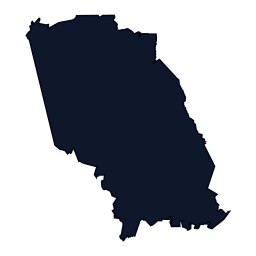 Matamata-Piako District, Waikato, New Zealand (Natural Earth projection)
{"feature_id": "76426892B60758051011646", "entity_name": "Matamata-Piako District", "entity_type": "district", "adm_level": 2, "iso_a3": "NZL", "parent_name": "New Zealand", "parent_adm1": "Waikato", "projection": "natural_earth1", "projection_center": [175.706, -37.685], "detail": "fine", "context": "isolated", "style": "filled", "palette": "ink", "viewbox_px": 256, "rotation_deg": 0, "n_neighbors": 0, "source": "geoboundaries", "source_scale": "gbopen_adm2", "svg_char_len": 5689}
<svg xmlns="http://www.w3.org/2000/svg" viewBox="0 0 256 256"><path d="M32.3,21.5L31.6,22.5L31.5,22.9L31.5,23.3L32.0,23.8L31.9,24.5L31.0,25.7L30.0,26.3L30.2,26.6L30.1,27.0L30.6,27.3L30.7,27.6L30.7,27.9L30.5,28.5L30.6,29.1L31.1,29.6L31.1,29.9L31.2,30.6L30.1,31.1L30.0,31.4L29.3,31.5L28.8,32.3L28.8,32.5L28.2,32.8L27.7,33.6L27.6,34.1L27.3,34.2L26.8,34.9L26.5,35.1L26.6,35.4L26.4,35.7L27.1,36.3L27.7,37.7L27.8,38.3L28.1,38.7L29.3,39.2L55.0,145.1L59.8,149.1L63.2,149.9L64.0,150.3L65.3,150.4L65.7,150.6L65.9,151.1L65.7,151.6L66.4,152.0L66.8,153.0L67.7,153.8L69.1,152.6L69.1,152.2L70.1,152.3L70.4,153.1L70.5,153.2L71.3,152.6L71.3,152.2L71.6,151.9L71.6,150.7L72.3,150.2L72.6,149.1L72.9,148.7L73.4,148.5L73.7,148.0L78.9,161.3L79.4,160.8L82.3,162.6L87.5,164.2L96.9,166.6L94.5,174.7L96.3,177.3L96.3,176.8L96.6,176.8L97.0,176.0L97.6,176.0L97.4,175.8L97.9,175.1L104.6,174.9L104.1,179.9L103.8,180.2L103.5,180.9L102.2,180.7L101.9,180.9L101.6,181.7L102.0,186.7L103.3,189.1L104.6,189.5L105.9,188.9L110.3,191.1L111.6,193.8L112.1,195.7L117.3,197.8L113.3,204.1L113.3,204.4L113.5,204.4L113.8,204.9L113.7,205.4L114.5,209.5L112.5,210.8L114.3,213.6L114.3,213.9L115.3,214.4L114.2,215.9L114.7,216.4L114.5,217.0L114.7,217.5L114.6,217.8L118.4,218.2L118.8,218.1L119.5,218.1L119.8,219.2L120.0,219.3L120.1,220.0L120.3,220.0L120.7,220.9L122.3,221.7L123.1,223.2L123.1,225.7L121.4,234.9L120.7,235.3L119.9,236.2L120.6,238.4L122.5,239.3L122.8,239.5L123.0,240.6L123.4,240.6L124.5,239.4L124.7,238.2L125.6,237.6L126.0,237.5L126.6,236.9L126.9,236.7L127.2,236.0L128.1,236.3L128.7,237.2L129.2,236.5L129.7,236.7L130.0,236.5L130.3,236.7L131.1,235.9L132.4,236.2L132.7,235.3L134.7,236.0L139.9,220.6L142.2,218.8L144.0,220.1L144.9,219.3L150.7,225.6L151.8,225.0L152.0,225.1L153.1,224.5L157.7,220.5L161.6,220.7L161.9,219.5L162.1,219.1L169.1,219.3L168.9,218.0L169.0,217.5L169.4,217.3L171.2,217.0L171.3,217.0L170.9,217.8L170.8,219.0L170.7,219.2L170.4,219.3L170.4,219.6L170.7,220.0L170.9,219.8L171.3,219.3L171.7,219.5L171.3,219.9L171.5,220.2L171.9,220.2L171.7,220.7L171.9,221.1L171.6,221.0L170.7,221.1L170.3,221.7L170.1,221.9L170.2,222.7L170.8,222.6L171.0,222.9L171.1,223.2L170.9,223.5L171.5,223.7L171.0,224.1L170.9,224.7L171.4,224.6L171.6,224.8L171.8,225.5L171.6,226.1L172.4,226.0L172.1,226.5L179.8,226.4L179.7,221.2L183.4,221.1L183.5,221.4L181.5,222.4L181.4,222.2L182.3,224.0L182.3,224.6L182.7,225.4L182.5,225.9L183.0,227.0L183.8,227.1L186.5,228.2L187.2,228.9L187.8,230.1L190.6,228.7L190.7,226.9L190.8,226.6L190.4,225.1L190.7,224.9L190.9,224.6L190.4,224.4L190.6,224.3L190.4,224.1L190.5,223.9L190.1,223.8L190.2,223.4L190.0,222.8L195.9,224.9L194.9,226.9L194.8,227.4L194.5,227.7L194.6,228.1L195.5,228.2L195.5,228.4L196.1,228.5L196.1,228.3L196.4,228.5L197.2,228.0L197.8,228.0L197.9,228.4L198.9,227.6L198.8,227.2L199.0,226.1L199.4,226.2L200.1,224.4L199.8,224.0L203.3,224.4L203.4,224.1L204.4,223.6L205.3,223.9L205.7,223.4L205.9,223.8L206.6,223.9L206.7,223.6L206.3,223.3L206.7,223.0L206.8,222.5L207.1,222.6L207.4,222.3L208.2,222.5L208.5,222.4L208.6,222.0L208.8,221.9L209.3,222.0L210.4,222.9L210.5,223.5L210.3,223.7L209.2,223.9L208.8,224.1L208.0,224.1L208.0,224.3L208.3,224.9L208.3,225.4L208.6,225.5L208.4,226.6L208.3,226.8L208.1,226.6L207.9,226.6L208.1,227.3L211.4,228.5L212.0,228.5L223.6,219.4L229.6,211.4L228.1,211.6L226.2,214.0L225.9,214.1L224.3,212.4L223.3,211.5L222.6,210.7L222.5,210.3L221.7,210.2L221.4,209.7L220.9,209.5L219.8,209.8L219.6,210.0L219.7,210.4L219.2,210.7L218.6,211.3L218.1,211.3L217.9,210.9L217.5,210.8L218.0,207.5L217.7,206.2L218.7,205.1L216.0,202.4L215.6,200.2L214.7,198.4L214.8,196.3L215.6,195.4L217.1,194.4L207.2,188.5L214.6,166.3L203.6,144.4L205.1,143.5L204.5,143.1L204.6,142.3L205.3,141.9L203.8,141.2L204.3,140.9L204.6,140.2L204.2,139.2L203.4,138.9L202.6,138.9L201.8,138.0L201.8,136.6L201.9,136.2L201.7,135.9L202.0,135.3L201.8,134.6L198.3,133.9L198.0,133.1L197.7,132.7L197.3,131.3L196.6,131.0L195.8,128.4L195.4,124.7L193.3,122.4L193.5,120.7L190.4,118.4L189.0,118.1L187.7,113.8L186.7,112.5L186.4,112.4L186.7,111.8L186.4,111.4L186.0,110.2L185.2,109.6L185.4,108.3L185.1,108.1L185.1,107.5L184.9,107.4L184.1,106.9L183.9,105.5L183.6,104.9L183.3,104.7L183.1,104.1L182.7,103.5L183.5,103.2L183.4,102.5L183.5,101.9L183.8,101.5L185.2,100.6L185.1,99.9L184.9,99.6L185.2,98.3L185.4,98.1L185.3,97.7L184.9,97.1L185.1,96.8L184.9,96.6L184.9,96.2L184.6,96.0L184.5,95.1L184.0,94.7L183.8,94.1L183.9,93.9L183.4,93.4L183.4,92.7L183.0,92.0L183.1,91.2L182.5,90.9L179.2,84.6L178.7,79.9L176.9,78.5L159.4,59.5L152.2,63.8L155.5,60.9L155.0,60.0L154.8,59.4L155.0,58.4L155.6,57.5L155.7,57.2L155.5,56.8L155.3,55.5L155.6,53.9L155.3,53.5L155.3,52.8L155.2,52.1L155.4,51.8L155.2,51.7L155.3,50.9L154.9,50.5L155.1,50.3L154.7,49.6L154.9,49.3L154.7,48.4L155.1,48.2L154.9,47.8L155.0,47.4L154.7,47.4L154.6,47.1L155.1,46.6L154.9,46.4L155.4,45.8L155.3,45.2L155.4,44.9L156.1,44.1L155.5,42.1L155.9,41.5L156.2,40.8L156.3,37.6L156.0,34.1L148.4,34.2L148.2,33.8L141.5,33.8L139.5,32.5L140.0,36.5L139.5,36.4L139.5,36.7L139.2,36.5L138.0,32.2L134.1,34.1L132.2,31.6L127.9,28.9L126.7,28.9L123.6,30.0L122.6,29.7L119.1,30.6L118.1,30.1L117.0,30.1L116.8,29.8L116.7,29.1L116.6,28.5L117.1,28.2L117.1,27.2L116.8,26.8L116.2,26.4L116.1,26.0L116.2,25.7L117.0,25.2L117.2,24.6L117.1,24.2L115.3,22.3L114.2,21.5L113.5,21.5L113.4,18.7L113.6,18.3L114.4,18.1L114.5,17.9L114.6,16.4L114.2,15.9L114.1,15.4L102.8,15.5L99.3,17.6L98.0,15.5L77.2,15.7L76.9,15.9L76.5,15.8L76.4,16.0L76.7,16.5L76.4,17.1L75.7,17.7L75.0,18.7L73.9,19.5L73.3,19.7L73.3,20.0L59.0,22.7L54.7,25.0L54.6,25.4L54.0,25.4L48.1,28.6L48.4,24.6L46.0,25.0L38.5,23.5L38.6,22.7L38.8,22.5L38.7,22.0L38.8,21.5L39.4,20.5L39.5,20.1L39.8,19.5L39.4,18.3L39.5,17.9L34.1,24.0L32.3,21.5Z" fill="#0f172a" stroke="#020617" stroke-width="1.5"/></svg>